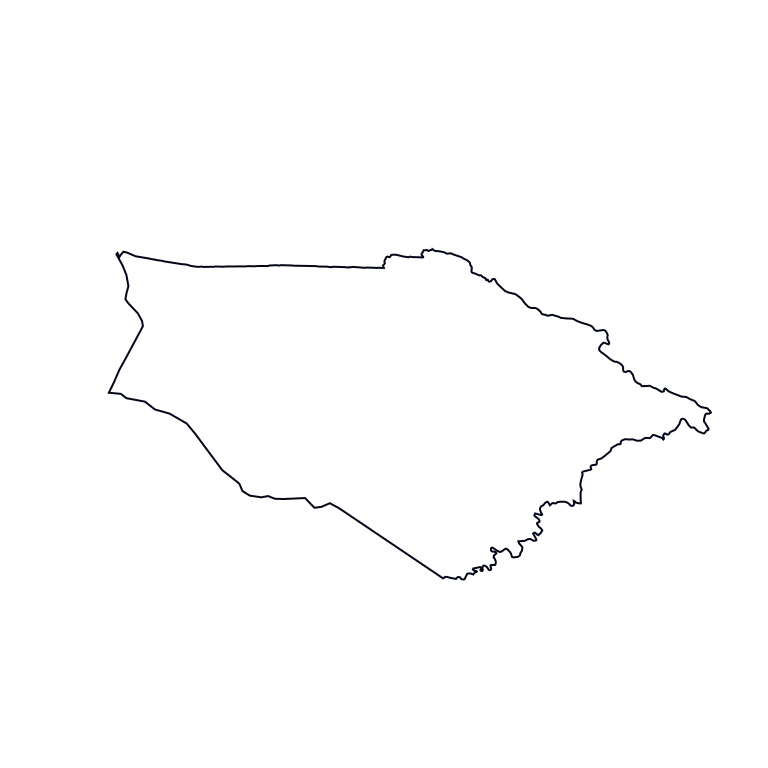 the district of Boumba-Et-Ngoko, Est, Cameroon, rotated 304°
{"feature_id": "32672807B40314964499081", "entity_name": "Boumba-Et-Ngoko", "entity_type": "district", "adm_level": 2, "iso_a3": "CMR", "parent_name": "Cameroon", "parent_adm1": "Est", "projection": "equal_earth", "projection_center": [15.54, 2.833], "detail": "fine", "context": "isolated", "style": "outline", "palette": "ink", "viewbox_px": 768, "rotation_deg": 304, "n_neighbors": 0, "source": "geoboundaries", "source_scale": "gbopen_adm2", "svg_char_len": 6135}
<svg xmlns="http://www.w3.org/2000/svg" viewBox="0 0 768 768"><g transform="rotate(304 384 384)"><path d="M222.9,160.8L228.7,171.4L228.2,178.4L235.7,195.7L234.8,208.4L239.5,222.6L240.9,242.5L237.3,254.9L225.9,287.3L222.1,298.3L220.7,317.4L220.3,320.1L216.1,326.5L216.4,335.1L221.4,345.6L226.3,350.6L227.8,357.6L232.5,365.1L245.3,382.3L242.5,395.5L247.0,400.7L254.9,405.8L255.9,416.4L255.9,541.6L257.2,542.2L258.3,542.6L259.3,544.1L260.1,546.6L260.7,548.1L262.7,552.7L264.9,553.0L265.9,554.0L266.2,555.1L265.5,557.3L266.5,559.5L267.4,559.9L271.9,559.3L273.0,559.1L273.8,559.6L275.4,561.8L276.0,564.5L278.3,564.7L279.9,565.8L280.5,565.8L280.6,564.8L279.7,563.0L279.7,562.0L280.0,561.3L281.0,561.2L285.8,565.9L286.1,566.6L285.8,568.0L283.7,567.9L283.4,569.0L283.8,569.9L284.8,570.1L286.9,568.1L288.9,567.9L289.5,568.6L289.9,570.2L289.8,571.6L288.6,574.7L288.7,575.3L289.4,576.3L290.4,576.4L293.0,573.8L293.6,573.8L296.0,577.2L296.8,577.3L299.2,576.1L300.7,574.1L300.9,573.7L301.7,571.7L303.4,571.1L306.5,571.9L306.8,571.2L306.9,570.1L305.5,566.7L305.9,565.8L307.6,564.6L308.6,564.8L309.1,566.1L309.0,571.4L309.5,573.9L310.8,575.1L311.0,575.2L315.4,576.8L315.9,578.0L315.8,579.7L315.1,582.6L314.3,584.3L312.4,586.5L312.2,587.1L312.8,588.5L315.3,591.4L316.9,592.3L318.3,592.4L320.1,591.6L322.7,591.6L325.2,590.6L326.3,589.5L327.4,585.1L328.7,583.4L332.8,588.5L335.7,590.0L337.4,591.9L337.6,595.6L339.0,597.3L339.8,597.6L340.7,596.6L343.4,591.3L344.4,591.5L345.1,592.4L345.2,593.2L344.8,595.3L345.1,596.7L346.5,596.6L347.6,597.3L351.1,597.1L352.0,594.9L352.3,591.9L353.7,588.9L354.7,588.7L356.2,589.8L357.3,589.7L358.3,588.3L358.6,586.7L358.8,582.7L359.4,582.0L361.2,581.7L362.9,586.7L363.4,587.8L364.2,588.1L366.0,584.9L367.5,583.2L369.1,582.7L370.8,582.8L372.5,583.8L376.0,584.2L377.8,585.3L377.6,586.6L376.2,589.4L379.2,590.1L380.2,591.3L380.7,592.8L381.4,593.4L383.2,594.0L385.0,596.0L387.5,599.8L388.2,602.5L388.1,604.1L387.6,606.7L388.0,608.0L389.0,608.9L390.3,609.0L391.7,608.2L393.2,606.7L393.4,608.2L393.0,609.4L393.9,611.9L395.0,613.9L395.8,613.6L397.4,612.2L403.3,608.1L404.1,607.6L406.9,607.0L409.4,603.7L411.3,602.5L414.6,601.1L419.9,599.4L421.3,597.8L422.5,597.8L428.5,603.2L429.3,603.4L430.8,601.6L432.1,601.4L433.3,602.2L435.7,604.9L436.8,605.0L439.2,603.5L440.9,603.5L443.7,605.8L447.1,607.0L452.2,608.5L455.3,609.3L458.3,608.4L464.9,611.6L466.0,613.4L466.9,613.6L468.6,612.6L470.0,612.7L472.8,614.5L473.7,615.7L474.7,617.8L477.0,620.9L477.7,622.5L478.3,625.2L480.6,628.5L484.6,630.3L485.8,631.2L487.4,634.1L488.3,634.9L492.0,635.4L492.8,636.7L494.7,644.5L494.2,646.6L495.3,646.7L497.4,644.2L499.8,644.2L500.2,644.7L500.3,646.6L500.8,647.6L501.6,648.1L504.3,648.2L508.8,651.0L515.6,651.3L519.9,650.2L521.2,650.2L522.3,651.0L522.8,652.8L522.6,654.3L520.2,659.7L519.7,661.9L519.7,663.3L521.0,664.7L521.3,666.0L520.5,669.6L520.5,671.6L521.6,676.3L522.3,677.2L525.0,677.4L525.7,677.4L527.0,678.4L528.3,678.2L530.9,672.9L531.9,670.2L533.8,669.0L534.6,668.7L535.5,668.5L537.4,667.7L538.5,667.5L539.6,667.7L541.3,670.2L543.1,671.0L543.9,669.3L544.4,666.5L544.6,665.4L543.2,662.2L542.3,660.3L542.1,658.1L542.2,655.5L542.9,653.9L543.6,651.1L542.6,646.1L542.3,642.0L540.9,639.4L539.9,637.7L539.4,635.3L537.7,627.9L537.2,624.8L537.2,623.2L537.5,621.0L537.6,619.9L537.3,619.4L536.7,619.2L534.4,620.0L533.2,619.1L532.7,618.3L532.5,613.1L532.3,611.6L531.6,609.7L531.3,606.9L531.1,605.2L529.3,603.1L527.6,600.6L526.6,599.3L526.6,598.4L527.1,596.7L526.6,593.9L526.6,591.4L527.9,588.6L530.7,585.4L532.0,581.8L531.9,580.1L530.7,578.6L529.2,577.8L528.5,576.5L528.5,575.5L529.5,574.3L531.6,572.9L532.5,571.3L532.7,570.7L532.9,569.4L532.9,566.9L532.5,564.3L531.8,563.5L531.2,561.5L531.1,556.7L531.6,553.0L531.9,546.1L532.3,543.7L534.1,542.2L535.0,542.2L537.4,542.0L539.0,542.4L540.8,542.7L541.4,543.7L542.3,547.5L542.6,548.0L543.6,548.0L544.8,546.8L545.9,544.4L546.6,543.9L547.3,543.1L549.7,542.1L551.2,539.7L551.9,537.8L551.8,536.7L551.6,535.9L546.8,530.5L546.6,528.3L547.8,525.5L548.0,523.4L546.9,518.6L545.9,515.7L545.4,514.1L544.2,509.0L543.8,504.5L543.0,502.8L540.6,499.0L537.7,493.6L537.4,491.1L537.0,489.8L536.4,488.1L535.4,484.8L532.5,481.9L531.8,480.9L531.8,479.4L531.0,477.9L530.3,475.6L531.1,474.2L531.7,472.3L532.0,469.1L531.8,467.5L531.1,466.0L529.8,464.3L529.0,462.5L528.7,460.3L529.6,455.8L531.1,451.8L531.6,449.7L531.8,447.7L532.0,442.7L529.3,435.5L528.8,432.1L529.7,426.7L530.2,423.3L530.8,421.1L531.9,419.2L532.9,417.0L531.6,415.3L529.2,415.2L527.8,414.3L527.5,413.3L528.4,412.1L528.3,411.4L527.4,410.7L527.5,410.0L528.4,409.2L527.9,405.9L528.3,404.1L528.2,403.3L527.4,402.5L527.2,401.5L526.9,400.0L526.7,398.3L525.9,396.1L525.7,394.4L526.1,393.6L529.8,391.6L530.9,389.1L532.1,387.9L532.8,386.8L533.0,383.5L532.4,379.2L532.5,377.4L530.2,369.2L529.8,366.4L527.2,363.3L527.0,360.9L526.0,358.0L524.4,354.5L523.1,352.5L522.8,351.5L522.9,348.6L522.1,348.8L520.8,347.5L519.5,346.9L519.1,346.1L519.1,344.5L517.8,343.4L517.2,342.1L515.4,342.2L514.7,342.6L513.7,342.2L513.0,342.3L512.0,343.1L511.5,345.2L511.0,345.6L510.6,345.4L508.9,342.6L505.5,337.2L504.1,334.3L502.7,333.4L500.3,328.2L498.4,323.0L497.5,321.0L495.6,318.3L495.0,317.9L492.5,317.9L492.1,317.4L491.6,315.7L490.6,315.1L486.7,315.5L485.7,315.9L484.4,317.3L481.5,316.9L480.2,319.0L478.9,317.3L478.2,315.7L476.4,313.3L475.7,312.5L475.3,311.5L470.2,303.6L469.6,303.2L465.1,295.2L463.7,292.7L462.7,291.9L461.4,289.8L460.8,289.6L458.8,285.9L452.6,276.0L452.0,275.7L450.9,274.2L449.3,270.9L445.3,264.9L443.2,260.9L431.8,243.3L430.6,241.1L425.1,232.4L423.5,230.8L422.5,228.6L418.0,222.5L417.3,222.3L411.9,214.3L408.9,210.4L405.4,204.9L404.3,203.8L403.1,202.0L393.4,187.8L391.3,185.1L387.0,178.3L386.4,177.9L380.0,168.7L379.8,167.8L377.0,164.2L374.0,158.1L372.9,154.6L372.3,152.9L370.2,149.2L362.5,132.7L362.2,131.5L360.5,128.0L359.1,125.2L358.9,123.9L358.3,123.2L356.0,117.6L351.0,106.7L349.2,97.3L347.9,94.0L343.2,93.5L341.9,93.6L342.6,91.3L343.6,89.8L341.9,89.6L336.1,100.9L330.3,109.5L322.2,117.4L315.4,119.7L309.7,122.2L308.0,126.7L304.9,140.6L300.9,148.2L297.1,151.8L264.0,155.2L247.6,156.7L234.8,159.1L222.9,160.8Z" fill="none" stroke="#020617" stroke-width="2"/></g></svg>